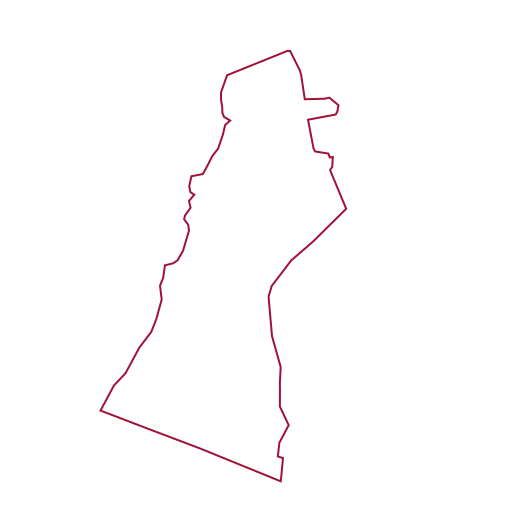 the district of Aj Jabalain, White Nile, Sudan, rotated 19°
{"feature_id": "16777658B9479825368273", "entity_name": "Aj Jabalain", "entity_type": "district", "adm_level": 2, "iso_a3": "SDN", "parent_name": "Sudan", "parent_adm1": "White Nile", "projection": "albers", "projection_center": [32.952, 12.739], "detail": "fine", "context": "isolated", "style": "outline", "palette": "rose", "viewbox_px": 512, "rotation_deg": 19, "n_neighbors": 0, "source": "geoboundaries", "source_scale": "gbopen_adm2", "svg_char_len": 1208}
<svg xmlns="http://www.w3.org/2000/svg" viewBox="0 0 512 512"><g transform="rotate(19 256 256)"><path d="M296.4,137.4L293.7,138.8L291.1,135.6L277.8,137.9L275.4,135.6L260.8,110.2L285.3,96.3L285.9,92.9L284.9,86.6L273.9,82.4L269.8,84.9L251.1,91.9L239.9,70.4L237.2,66.4L232.2,61.5L221.5,51.0L218.8,51.9L213.2,56.8L169.8,94.5L169.7,107.7L169.7,109.7L169.7,112.7L172.0,119.5L175.8,126.7L177.5,131.4L180.5,134.9L187.5,136.3L184.2,142.1L185.2,152.4L185.2,167.0L182.2,175.5L180.7,186.2L179.1,195.8L169.0,201.6L170.1,211.6L173.2,217.0L177.7,218.1L174.7,225.8L178.4,231.6L175.7,240.8L176.1,244.7L181.7,248.5L184.4,253.9L185.3,274.9L183.2,285.7L180.0,289.9L172.9,294.5L173.2,295.9L175.3,306.7L174.9,315.3L181.0,327.8L182.3,348.0L181.7,361.9L180.4,365.7L175.5,380.7L170.8,409.3L163.9,424.5L159.3,452.6L159.3,452.8L216.0,454.7L259.7,456.0L263.2,456.1L264.0,456.1L352.7,461.0L352.0,457.6L347.3,438.3L341.9,438.4L338.9,425.0L342.0,405.3L327.6,390.6L322.0,374.1L320.0,368.6L315.5,353.0L312.2,348.2L297.2,326.5L281.1,290.3L280.6,279.3L290.7,248.8L305.2,223.8L325.9,182.0L300.7,153.6L299.4,152.1L298.4,151.0L298.2,150.8L298.1,150.6L298.4,149.2L299.1,147.0L296.4,137.4Z" fill="none" stroke="#9f1239" stroke-width="2"/></g></svg>